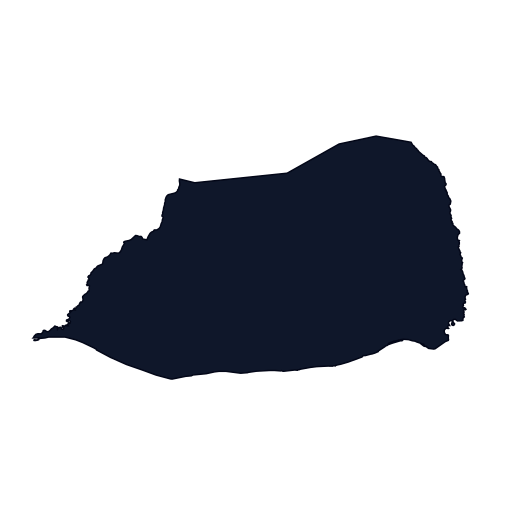 Pormpuraaw, Queensland, Australia (Mercator projection), rotated 275°
{"feature_id": "25037944B5517287997374", "entity_name": "Pormpuraaw", "entity_type": "district", "adm_level": 2, "iso_a3": "AUS", "parent_name": "Australia", "parent_adm1": "Queensland", "projection": "mercator", "projection_center": [141.801, -14.654], "detail": "fine", "context": "isolated", "style": "filled", "palette": "ink", "viewbox_px": 512, "rotation_deg": 275, "n_neighbors": 0, "source": "geoboundaries", "source_scale": "gbopen_adm2", "svg_char_len": 6032}
<svg xmlns="http://www.w3.org/2000/svg" viewBox="0 0 512 512"><g transform="rotate(275 256 256)"><path d="M155.0,41.2L155.5,47.0L155.1,48.0L156.0,53.0L157.2,56.5L158.6,72.9L156.8,83.7L154.7,90.9L150.4,102.4L149.2,105.0L148.5,105.3L148.0,106.5L142.3,119.9L136.6,136.5L132.4,153.2L128.7,166.8L126.1,181.6L126.1,183.2L130.0,196.4L131.0,202.0L132.0,203.6L134.4,216.6L137.0,224.9L137.9,229.2L138.5,236.2L137.9,250.9L139.0,257.6L139.5,258.8L141.3,266.5L143.1,279.1L143.6,284.5L143.7,290.9L144.1,291.5L143.6,292.6L143.6,293.6L145.8,304.5L145.8,307.3L146.3,307.6L146.4,308.7L147.1,310.1L149.8,320.0L151.1,326.1L152.6,337.1L153.0,342.1L153.4,342.4L153.5,343.4L153.4,344.6L153.9,344.9L154.6,346.6L155.6,349.9L158.4,357.1L164.5,370.1L165.1,370.9L166.2,371.4L166.3,373.5L168.2,378.7L168.5,380.0L169.7,382.9L171.4,386.0L171.8,385.8L176.9,392.3L177.7,392.9L178.3,394.4L179.2,395.4L181.1,399.5L184.1,407.1L184.3,408.8L184.7,409.4L184.9,409.3L184.7,408.2L184.0,405.8L181.1,398.3L179.7,395.9L179.7,395.4L180.5,395.7L181.2,396.8L183.3,400.9L184.1,404.1L185.0,406.2L185.9,410.1L186.0,415.3L185.2,419.0L185.0,422.2L184.5,423.1L182.6,431.0L181.7,431.5L181.8,430.6L182.6,429.5L182.4,428.7L180.9,431.0L180.6,432.5L180.8,433.8L180.1,434.1L179.0,436.0L178.8,441.2L179.2,442.5L187.3,452.1L188.7,454.9L189.4,455.1L190.9,454.7L193.7,454.6L194.2,454.1L194.1,452.3L194.4,451.6L195.6,450.6L197.5,450.0L198.9,450.2L200.4,451.3L200.7,452.6L200.5,453.8L200.7,454.2L201.7,453.2L202.2,453.1L203.5,453.7L203.6,455.0L205.5,453.7L206.7,453.6L207.5,453.9L208.6,455.5L208.6,456.7L208.3,457.1L207.5,457.4L205.9,456.8L204.9,456.8L204.2,457.5L204.0,458.5L204.5,459.3L205.3,459.7L205.9,459.7L207.0,458.4L208.0,457.9L209.4,457.8L210.0,458.3L210.3,460.0L208.9,462.3L209.4,466.4L209.9,467.7L212.1,467.6L213.5,468.8L214.5,468.3L216.1,468.4L217.3,467.5L218.3,468.2L219.4,467.5L219.8,467.5L220.7,468.1L220.7,469.3L221.2,469.8L222.6,468.4L222.4,466.8L223.3,466.3L224.7,467.0L226.0,466.6L226.7,466.8L227.1,467.2L227.4,468.4L228.4,468.7L229.6,467.9L230.5,468.0L231.2,468.5L232.2,467.9L234.1,467.9L235.7,468.8L236.1,470.1L236.8,470.8L237.5,470.7L238.1,469.6L239.5,469.8L240.4,469.2L242.6,468.5L243.7,468.6L243.9,468.0L243.5,467.4L243.7,466.8L245.3,466.5L246.7,465.6L248.2,465.3L248.8,464.5L249.7,464.5L251.1,465.9L251.7,466.1L253.9,465.0L255.0,464.8L255.5,464.1L258.4,463.2L259.9,462.2L260.3,461.4L260.8,461.9L261.5,461.8L261.7,462.2L262.3,462.3L264.0,461.8L265.1,462.1L266.4,461.9L267.3,462.4L268.1,461.6L269.8,461.2L271.9,461.7L273.1,460.2L274.3,459.8L275.3,459.1L277.2,459.6L278.1,458.7L278.9,458.6L280.6,457.5L282.6,456.7L283.1,456.9L283.4,457.4L284.7,456.9L285.6,457.5L287.5,457.3L288.2,456.8L289.1,457.2L289.3,456.1L290.0,455.3L292.1,454.9L294.8,455.4L296.5,456.8L298.3,456.5L299.6,455.4L300.7,453.4L301.9,452.5L303.7,449.8L305.0,449.1L305.5,449.3L306.1,448.9L306.3,448.0L307.4,448.4L308.6,447.2L309.4,447.1L310.5,447.6L312.0,446.7L313.1,446.9L314.4,446.2L315.3,445.4L316.2,445.4L318.1,445.9L319.3,445.7L321.8,444.1L323.2,443.7L323.6,443.9L324.6,445.0L327.7,445.3L330.1,444.0L331.1,442.7L332.4,442.4L333.9,441.1L335.8,440.9L336.5,440.5L336.9,439.9L337.5,439.9L337.9,439.3L338.1,439.5L338.5,439.4L339.3,438.7L341.5,437.8L342.1,437.8L343.4,439.0L344.4,439.1L346.0,437.7L346.9,437.8L348.1,437.3L349.1,437.3L351.2,436.5L351.5,435.6L351.3,434.1L352.2,433.1L353.8,433.1L354.4,432.5L357.0,430.8L358.0,430.6L358.8,429.5L360.4,429.1L361.1,428.1L362.6,426.9L362.9,425.3L363.5,424.8L364.3,423.2L365.3,422.5L365.4,420.6L366.8,418.9L368.1,417.9L368.9,416.8L369.0,415.5L369.4,415.2L370.1,415.2L370.5,414.8L370.9,413.5L374.3,408.9L375.4,408.1L375.5,407.7L376.2,407.0L376.7,406.8L377.3,406.0L377.4,405.4L379.4,403.7L380.1,402.4L382.8,400.6L385.9,365.2L374.8,329.0L341.2,279.8L323.6,188.6L326.0,173.1L324.1,173.1L321.4,173.8L319.8,173.9L317.9,173.2L316.1,173.0L315.0,172.2L313.7,172.1L312.2,170.6L311.5,169.3L309.4,163.2L308.1,162.0L306.7,161.3L304.1,160.7L302.2,160.9L300.7,160.4L299.2,160.5L296.0,159.8L293.5,159.7L291.2,159.2L289.9,159.4L288.5,158.8L287.5,158.9L286.7,160.0L286.1,160.3L284.3,159.6L281.7,159.5L280.2,158.8L276.6,158.1L274.9,157.0L273.3,154.9L273.1,152.4L271.6,151.6L270.7,149.8L269.3,148.5L265.9,146.9L262.6,145.9L263.0,141.8L263.3,141.5L264.5,140.9L265.4,140.0L265.5,139.5L265.2,138.3L265.9,135.6L265.9,134.2L261.5,130.2L260.4,128.2L259.2,124.2L258.6,123.2L257.8,123.1L257.1,124.0L253.5,122.1L250.0,121.3L247.5,119.8L246.8,118.6L246.9,114.4L246.3,113.4L246.2,111.2L244.7,110.6L243.4,109.5L242.1,108.1L241.1,105.7L239.9,104.8L238.0,104.1L235.9,104.0L234.5,103.7L232.3,99.3L231.6,98.6L230.1,97.8L229.1,96.1L226.5,94.6L224.8,93.1L223.5,93.1L222.9,92.7L222.1,92.0L221.7,91.1L220.4,90.4L219.8,91.1L217.9,91.9L217.4,91.0L217.0,91.3L216.8,90.9L215.1,90.1L213.2,90.4L212.6,89.8L211.9,90.2L211.9,90.6L212.4,90.9L212.1,91.3L212.2,92.1L211.7,92.7L209.0,92.5L207.6,92.9L206.8,92.8L206.4,91.9L205.3,91.4L203.9,90.4L202.7,88.7L200.6,86.9L199.6,86.9L197.9,87.5L196.1,87.4L194.6,86.2L194.9,85.5L194.4,84.9L192.9,84.3L191.9,84.2L190.8,82.8L189.5,81.8L189.4,81.3L188.5,81.3L187.8,80.4L188.2,79.9L187.9,79.5L187.5,80.4L186.8,80.2L186.5,80.4L186.6,78.9L185.9,78.3L185.5,77.3L184.7,76.8L184.8,76.4L185.3,76.1L185.0,75.3L184.4,75.3L183.5,75.9L181.2,73.5L180.6,73.5L179.8,74.0L179.4,75.5L178.6,76.0L176.8,75.1L175.7,72.9L174.8,72.8L174.2,73.7L174.4,74.5L175.1,75.0L175.1,76.3L174.9,76.7L174.4,76.9L173.0,76.6L173.2,75.3L172.6,74.9L172.1,75.3L171.3,74.1L170.8,74.2L170.2,74.8L170.2,74.2L169.9,73.8L170.6,72.9L170.2,72.1L169.1,71.2L169.7,69.9L169.7,69.4L169.4,69.1L168.5,69.3L167.3,70.8L166.0,70.2L166.2,68.8L167.3,68.4L168.0,67.1L166.9,65.3L165.7,64.6L166.5,64.4L167.3,65.0L167.8,64.8L168.2,64.0L168.2,62.9L168.7,61.8L166.6,60.0L165.5,58.5L164.2,57.6L162.9,56.3L162.4,55.3L162.5,54.1L163.5,52.2L163.5,51.2L163.0,50.5L162.0,50.5L159.8,49.0L159.5,45.4L158.8,43.6L156.5,41.8L156.0,42.0L155.0,41.2ZM153.4,43.0L153.1,42.3L152.8,42.1L152.5,42.3L152.5,43.4L153.2,45.9L153.7,46.8L154.1,47.0L154.8,46.8L153.9,46.3L153.3,45.0L153.1,43.7L153.4,43.0Z" fill="#0f172a" stroke="#020617" stroke-width="1.5"/></g></svg>